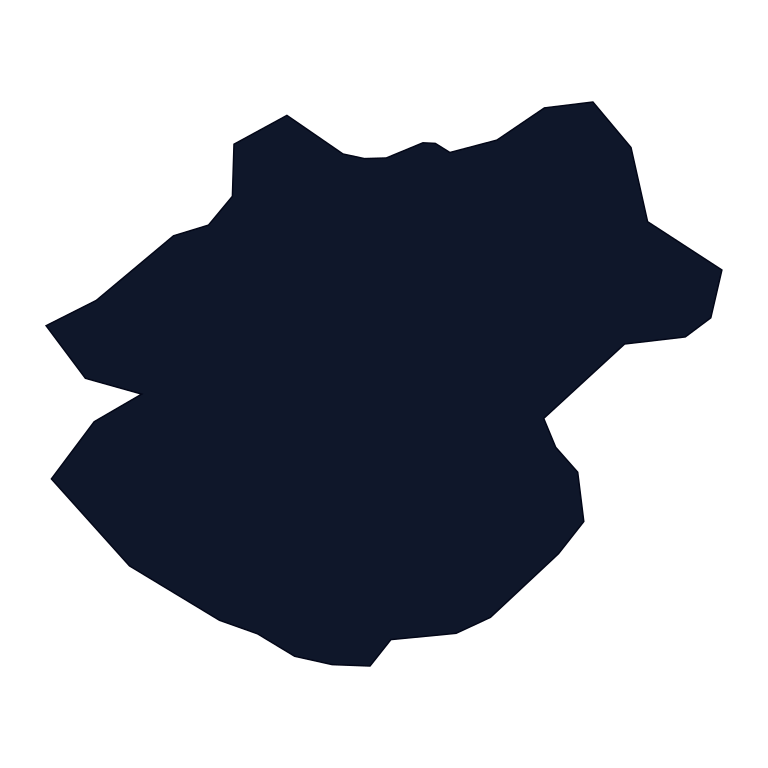 an SVG outline of Călărași
{"feature_id": "MDA-1632", "entity_name": "Călărași", "entity_type": "District", "adm_level": 1, "iso_a3": "MDA", "parent_name": "Moldova", "parent_adm1": "", "projection": "orthographic", "projection_center": [28.345, 47.299], "detail": "fine", "context": "isolated", "style": "filled", "palette": "ink", "viewbox_px": 768, "rotation_deg": 0, "n_neighbors": 0, "source": "natural_earth", "source_scale": "10m", "svg_char_len": 619}
<svg xmlns="http://www.w3.org/2000/svg" viewBox="0 0 768 768"><path d="M710.8,317.8L685.3,336.9L624.6,344.0L543.7,418.4L555.7,447.3L577.7,472.2L583.8,521.5L558.5,553.7L490.5,617.3L456.1,633.3L390.9,639.6L370.0,666.0L332.1,664.6L294.7,656.3L257.5,633.8L219.5,620.3L129.5,565.9L51.4,478.9L94.2,421.7L141.7,394.1L85.4,378.3L46.1,325.7L96.3,300.4L173.5,235.8L208.5,225.1L232.4,196.3L234.0,144.2L286.9,115.4L343.0,154.0L364.4,158.6L386.2,158.0L422.9,142.8L435.3,143.4L449.9,152.5L496.9,140.1L544.4,107.9L592.9,102.0L631.0,147.5L647.6,221.7L721.9,270.0L710.8,317.8Z" fill="#0f172a" stroke="#020617" stroke-width="1.5"/></svg>